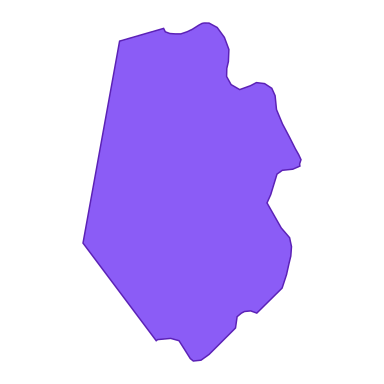 the district of Black Mallet, Castries, Saint Lucia
{"feature_id": "8701671B81790835951847", "entity_name": "Black Mallet", "entity_type": "district", "adm_level": 2, "iso_a3": "LCA", "parent_name": "Saint Lucia", "parent_adm1": "Castries", "projection": "albers", "projection_center": [-60.988, 14.005], "detail": "fine", "context": "isolated", "style": "filled", "palette": "violet", "viewbox_px": 384, "rotation_deg": 0, "n_neighbors": 0, "source": "geoboundaries", "source_scale": "gbopen_adm2", "svg_char_len": 873}
<svg xmlns="http://www.w3.org/2000/svg" viewBox="0 0 384 384"><path d="M204.2,23.0L202.1,23.4L198.9,25.1L192.3,29.3L187.0,31.8L180.8,33.9L175.5,33.9L169.8,33.5L165.3,31.8L163.6,28.4L119.6,41.1L83.0,243.1L156.2,340.7L157.6,339.6L170.7,338.4L179.0,340.7L185.4,350.8L190.3,358.6L193.3,361.0L201.0,360.2L209.1,354.4L235.5,328.0L237.1,316.7L241.3,313.2L244.5,311.5L250.7,310.9L252.6,311.6L256.8,313.1L282.1,288.1L286.5,274.7L289.0,263.5L290.8,256.1L291.5,246.7L289.6,237.7L281.2,227.9L267.0,202.9L270.7,194.7L277.0,174.1L282.3,170.3L292.8,169.2L299.9,166.1L299.6,163.9L301.0,159.7L298.7,154.7L295.3,148.7L289.7,137.6L284.7,128.1L282.5,124.0L276.5,109.6L275.1,95.7L271.8,88.3L264.6,83.6L256.4,82.6L250.5,85.7L239.7,89.6L231.1,84.6L226.6,76.5L226.8,68.4L228.4,61.6L228.9,49.5L224.4,37.4L217.2,27.5L209.1,23.1L204.2,23.0Z" fill="#8b5cf6" stroke="#5b21b6" stroke-width="1.5"/></svg>